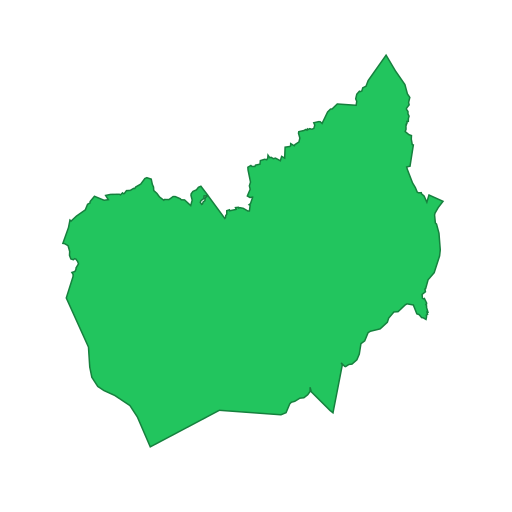 outline of Athlone Lea-5, Westmeath, Ireland, rotated 258°
{"feature_id": "5873133B82984950591493", "entity_name": "Athlone Lea-5", "entity_type": "district", "adm_level": 2, "iso_a3": "IRL", "parent_name": "Ireland", "parent_adm1": "Westmeath", "projection": "natural_earth1", "projection_center": [-7.834, 53.445], "detail": "fine", "context": "isolated", "style": "filled", "palette": "green", "viewbox_px": 512, "rotation_deg": 258, "n_neighbors": 0, "source": "geoboundaries", "source_scale": "gbopen_adm2", "svg_char_len": 3449}
<svg xmlns="http://www.w3.org/2000/svg" viewBox="0 0 512 512"><g transform="rotate(258 256 256)"><path d="M425.4,425.0L404.3,402.2L399.2,398.9L398.3,395.4L395.4,393.8L395.1,392.1L395.7,391.4L393.3,388.2L389.0,386.2L386.4,386.7L382.6,385.3L387.8,367.1L384.0,361.0L384.2,359.4L382.0,356.0L371.9,348.2L374.0,346.7L374.4,345.3L374.3,340.2L371.8,340.7L368.9,339.2L368.3,337.1L369.4,335.0L368.9,333.3L369.6,332.7L368.5,332.0L369.4,330.9L368.8,329.1L368.7,323.7L367.3,323.1L362.2,323.4L358.6,321.7L356.9,317.3L355.9,316.3L358.7,313.3L356.6,312.8L356.1,311.8L356.4,307.1L345.8,304.4L348.1,301.8L344.1,299.6L347.7,295.4L347.6,293.2L349.4,291.3L349.3,289.9L352.1,288.7L349.2,287.8L347.9,286.5L348.8,284.6L348.4,280.1L345.0,279.0L345.0,274.4L343.8,273.5L344.5,270.5L345.6,269.8L344.5,266.5L341.8,266.1L329.4,266.0L326.0,264.1L322.5,264.2L316.5,260.0L314.5,262.2L314.3,264.9L313.9,264.8L308.4,261.5L307.6,259.9L306.8,260.8L301.4,258.9L301.7,257.4L305.3,253.4L306.7,250.1L306.5,249.1L307.3,248.9L307.6,246.0L305.8,246.4L305.7,246.0L305.7,239.6L306.7,239.6L306.4,236.8L302.9,236.1L301.9,234.8L299.9,234.2L299.2,233.3L325.2,221.5L323.3,218.3L320.7,217.5L319.9,215.6L318.1,214.5L317.7,213.7L319.6,212.8L320.1,212.6L321.6,213.7L323.0,216.8L325.7,217.8L325.1,219.3L325.8,221.3L335.7,216.6L335.2,214.0L333.1,211.5L332.3,207.8L330.3,205.5L328.8,205.0L323.9,205.2L318.9,202.6L325.7,197.8L326.5,194.6L327.8,193.8L330.9,189.4L331.4,187.3L329.3,182.6L330.3,178.2L329.7,177.4L333.8,173.9L337.8,172.1L341.3,169.6L344.8,170.1L347.6,169.5L353.0,169.5L355.3,165.5L354.9,163.4L350.3,158.2L348.5,152.6L347.2,151.4L347.6,150.4L346.3,146.6L346.9,142.9L344.5,140.2L344.5,139.3L345.5,138.6L344.0,136.2L344.8,135.2L346.5,126.5L346.5,121.5L341.8,123.3L342.1,119.0L348.0,110.4L343.8,105.1L342.4,104.7L341.6,102.0L336.6,98.6L332.4,88.7L328.6,82.4L329.8,81.5L322.8,78.5L308.5,69.7L307.9,71.3L305.2,74.3L299.2,74.7L295.4,73.7L291.6,74.3L290.3,76.6L291.1,78.0L290.4,79.2L287.7,80.4L285.2,80.7L281.8,77.5L280.3,77.1L278.5,75.6L278.2,72.5L275.9,73.3L273.8,72.7L254.4,61.7L201.8,73.2L182.0,70.3L171.5,70.2L161.3,74.1L156.0,79.3L148.9,88.9L135.9,101.6L123.2,106.5L91.3,112.9L112.7,188.1L95.5,247.4L96.5,252.8L104.4,258.3L105.6,260.2L105.8,263.7L107.8,269.3L107.4,273.4L109.5,277.7L112.3,280.8L116.4,281.6L111.6,281.9L89.5,296.3L86.6,298.7L131.6,317.8L133.8,317.1L129.6,319.8L129.2,320.6L130.6,324.3L130.3,327.4L133.5,333.1L138.5,336.6L148.4,340.4L150.4,344.7L157.7,349.7L158.6,352.2L158.9,362.3L163.9,370.7L167.7,372.9L172.6,379.3L172.0,383.4L177.2,391.9L177.8,393.8L175.4,399.7L166.0,401.3L164.7,403.4L161.3,405.2L160.8,406.7L158.6,409.1L161.1,410.2L162.7,410.3L163.2,411.7L165.6,411.5L165.3,412.5L170.3,412.1L171.7,412.5L173.4,412.1L173.6,412.9L174.5,413.1L179.4,411.9L179.1,411.2L180.1,410.0L183.9,410.5L185.8,414.3L188.5,414.3L188.7,415.1L197.0,419.4L202.6,426.8L217.9,435.6L223.7,437.5L240.2,439.7L249.7,439.2L251.0,438.3L259.0,439.2L260.7,440.0L265.6,444.4L270.6,450.3L279.7,437.9L273.1,434.3L279.7,432.9L282.5,430.8L283.6,430.8L284.0,428.2L284.9,427.0L289.8,426.1L295.0,424.3L309.4,422.0L311.8,421.9L311.8,425.3L331.9,433.0L332.5,432.0L338.0,432.2L341.5,433.1L342.9,430.8L346.7,427.8L348.8,429.1L352.1,429.7L353.2,430.5L353.7,430.2L354.6,431.4L356.2,431.6L356.0,433.0L358.7,433.6L361.0,434.8L363.4,434.2L365.8,434.7L368.1,433.7L369.2,433.9L372.0,437.2L374.5,437.2L379.1,439.4L383.1,437.8L392.7,437.3L408.2,430.8L425.4,425.0Z" fill="#22c55e" stroke="#15803d" stroke-width="1.5"/></g></svg>